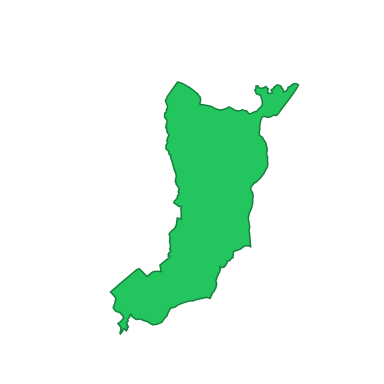 the district of Archis, Arad, Romania, rotated 315°
{"feature_id": "2599482B89375276768530", "entity_name": "Archis", "entity_type": "district", "adm_level": 2, "iso_a3": "ROU", "parent_name": "Romania", "parent_adm1": "Arad", "projection": "mercator", "projection_center": [22.118, 46.506], "detail": "fine", "context": "isolated", "style": "filled", "palette": "green", "viewbox_px": 384, "rotation_deg": 315, "n_neighbors": 0, "source": "geoboundaries", "source_scale": "gbopen_adm2", "svg_char_len": 6072}
<svg xmlns="http://www.w3.org/2000/svg" viewBox="0 0 384 384"><g transform="rotate(315 192 192)"><path d="M338.3,193.0L343.0,191.6L342.6,190.3L342.4,189.1L341.7,188.3L340.3,187.3L338.7,186.9L336.7,186.8L334.1,186.1L333.4,186.1L332.3,186.9L331.5,187.2L330.3,187.1L329.1,186.8L327.6,186.1L328.6,184.3L329.2,182.8L328.9,181.7L329.8,180.2L328.7,177.5L328.3,176.9L327.7,176.4L326.9,176.2L325.3,176.3L324.2,175.9L323.8,175.9L322.8,176.3L322.2,176.3L321.5,176.2L320.7,175.8L320.2,175.8L319.9,175.9L319.4,178.4L319.0,178.6L318.3,178.5L317.5,177.7L316.7,177.4L315.6,175.6L316.3,175.0L316.9,174.4L317.1,173.9L318.9,173.1L318.7,171.4L318.9,169.7L318.5,169.5L317.0,169.2L315.6,168.6L314.7,168.0L313.9,167.1L313.3,166.2L313.2,164.8L313.7,163.6L313.3,163.0L311.9,162.4L310.6,163.9L310.0,164.2L308.6,164.3L307.2,167.5L307.1,168.8L307.9,169.1L307.9,170.4L309.0,172.1L307.8,173.9L306.8,175.8L306.1,177.3L305.1,178.4L302.6,180.4L295.0,180.6L291.6,179.0L288.9,178.2L287.6,177.2L287.7,175.9L287.9,174.5L288.0,172.9L287.1,172.4L286.2,170.4L285.6,169.2L284.4,169.0L283.0,168.3L281.3,166.3L280.1,164.5L279.0,159.8L278.5,158.4L277.6,157.6L276.8,157.6L275.3,157.2L273.8,156.5L272.4,155.6L270.5,154.7L268.3,151.4L267.3,149.3L266.3,145.3L265.6,144.5L264.5,142.4L261.1,137.5L259.7,135.9L259.6,135.4L262.1,133.8L264.0,132.1L264.8,130.8L265.0,129.8L264.9,129.1L265.4,126.9L265.4,125.8L265.0,123.2L264.9,120.8L264.6,119.4L264.2,116.1L263.5,114.4L263.2,112.7L262.0,108.7L261.5,107.4L260.0,104.9L259.7,104.0L242.2,107.0L240.5,107.9L238.0,108.4L236.3,111.6L235.5,113.7L233.9,115.4L232.7,115.3L230.4,117.3L228.7,116.9L227.7,117.6L226.4,118.8L225.4,119.9L225.4,121.3L225.0,123.9L224.5,124.5L221.1,126.2L221.1,126.9L220.5,126.9L220.2,127.5L218.7,127.9L219.0,128.8L218.7,129.9L217.8,130.6L217.2,131.2L217.1,132.3L216.4,132.7L216.3,133.7L216.4,134.3L216.2,135.3L214.2,136.2L213.2,136.3L212.6,136.9L211.6,137.2L210.2,138.2L210.1,139.2L210.0,139.8L208.1,140.2L206.3,140.8L205.6,142.0L204.6,142.4L203.9,143.7L204.4,145.1L204.1,146.8L203.4,148.0L202.7,148.6L203.1,149.4L202.4,149.9L202.6,150.6L202.3,150.8L202.5,151.5L202.0,151.9L201.0,153.0L199.6,156.1L199.3,156.3L198.5,158.2L197.2,160.1L195.7,163.0L195.0,163.7L195.4,164.2L194.6,165.0L194.4,165.3L194.6,166.0L194.1,166.5L193.8,167.2L193.2,167.8L193.3,168.2L191.9,169.9L189.8,171.2L189.0,171.5L188.3,172.7L187.6,172.8L187.0,174.1L187.2,174.7L187.1,174.9L186.3,175.3L186.2,175.5L186.2,176.0L186.0,176.8L186.2,177.7L185.5,179.0L185.6,179.9L185.4,180.4L184.9,180.6L184.6,180.9L184.4,181.5L183.6,181.4L183.1,181.5L182.0,182.7L182.0,183.6L181.7,184.0L181.1,184.1L180.1,184.6L179.4,184.4L178.7,184.6L178.2,185.2L177.0,186.0L175.3,185.9L173.6,186.1L173.2,185.9L172.2,186.6L171.5,186.7L172.7,193.4L174.3,194.7L173.4,195.5L172.2,196.1L171.6,196.6L170.4,198.3L169.9,199.1L168.3,200.3L166.9,202.0L166.1,202.5L165.4,203.6L163.2,200.0L161.1,201.5L158.5,203.6L157.3,204.3L156.9,204.7L156.1,204.6L155.6,204.8L155.3,205.4L154.1,205.3L151.3,205.4L150.8,205.1L147.2,205.2L146.4,205.4L145.6,206.2L145.2,207.1L144.9,208.2L144.6,208.5L144.1,208.5L143.5,208.8L143.4,209.4L142.3,210.1L142.0,210.7L141.2,211.0L140.7,211.6L140.4,212.0L140.3,212.6L139.8,213.4L139.4,213.9L138.4,214.8L138.4,215.3L137.1,216.0L136.2,216.2L135.8,216.9L136.0,217.5L135.6,217.6L135.6,217.9L135.4,218.6L134.9,218.8L134.9,219.0L133.4,218.9L132.8,218.7L132.6,218.9L131.5,219.3L130.8,219.3L130.7,219.5L130.6,220.0L131.0,220.1L131.0,220.3L130.7,220.6L130.9,221.0L130.7,221.0L131.0,221.2L130.4,222.1L129.6,222.2L117.6,221.0L113.9,226.5L111.6,223.7L108.8,221.3L107.1,220.6L100.5,219.9L100.5,208.9L97.9,207.8L74.1,205.8L63.7,205.1L63.2,213.3L61.9,213.9L61.3,214.4L60.5,214.8L59.6,215.7L55.0,217.7L54.3,218.3L53.8,221.5L53.9,222.6L54.6,224.1L55.6,225.7L55.7,226.6L55.5,230.6L54.7,232.6L51.9,233.1L50.0,233.2L46.6,232.6L46.3,236.1L46.1,236.3L45.9,238.0L45.0,238.3L45.0,238.6L41.1,241.0L41.0,241.8L42.7,241.5L43.0,241.1L43.4,241.5L47.3,240.4L47.5,240.5L47.4,243.7L48.2,243.3L49.3,243.6L49.5,242.9L50.1,242.1L51.6,242.4L51.8,241.7L51.7,241.2L52.1,241.0L52.0,240.1L52.7,239.7L52.7,239.1L52.8,238.8L53.3,238.6L53.4,238.1L53.9,238.0L55.7,238.1L56.1,237.1L56.5,236.5L57.2,236.3L58.3,236.4L59.5,236.3L59.7,235.7L60.8,235.4L61.3,235.0L62.2,235.3L62.4,235.4L62.5,235.7L61.7,236.8L61.6,237.3L61.8,239.4L62.0,240.0L62.3,242.6L65.3,245.0L66.4,246.1L66.5,246.4L66.3,246.5L66.2,246.9L66.5,247.9L66.9,248.4L67.7,250.3L68.5,251.1L69.4,254.8L70.3,258.2L73.5,260.6L76.6,262.1L78.6,262.8L82.6,262.0L86.5,261.9L89.1,260.7L91.1,260.1L94.0,259.1L95.3,259.3L96.5,260.2L98.7,261.4L100.2,261.7L102.5,261.9L109.4,265.2L113.9,267.7L115.2,269.3L116.1,270.0L118.8,270.9L119.9,271.9L123.4,273.9L125.4,275.4L126.8,276.0L128.0,277.2L129.6,280.0L135.5,277.8L136.0,277.7L137.4,277.9L138.4,277.5L139.1,277.0L139.8,277.0L140.3,276.7L140.8,276.8L141.5,276.5L143.2,275.1L144.0,274.9L144.6,274.3L144.6,274.0L145.0,273.2L145.5,272.9L145.8,272.4L145.9,271.9L146.5,271.2L146.9,271.0L147.4,271.2L148.3,270.5L148.4,270.3L149.3,270.1L149.8,269.8L150.3,269.1L151.1,269.4L151.7,268.9L152.5,268.8L152.7,268.4L153.3,268.3L153.9,268.4L154.2,268.2L154.6,268.2L155.5,267.5L156.1,267.5L156.8,267.2L157.9,266.2L158.7,264.3L159.0,264.3L158.7,265.6L161.3,267.8L161.6,267.3L162.0,267.2L163.7,267.9L164.5,267.2L165.5,267.2L166.6,266.9L168.0,265.7L170.0,267.3L170.3,267.3L170.8,267.0L174.7,266.7L174.7,267.2L177.1,265.1L178.5,264.1L179.5,263.7L180.1,263.8L185.4,266.5L186.4,266.6L188.3,267.0L190.6,267.1L192.7,268.9L193.8,270.0L194.7,272.2L204.0,261.3L204.3,260.2L208.3,257.3L213.2,250.3L218.0,247.3L222.4,245.6L227.3,242.6L229.9,239.9L231.5,238.9L233.8,236.4L234.7,233.9L234.8,232.6L236.2,230.8L237.6,230.1L241.6,229.8L246.1,230.5L251.8,230.4L256.8,229.5L259.1,228.6L261.4,228.1L263.1,227.5L264.2,226.9L265.5,225.8L268.0,222.6L269.8,221.3L272.1,217.1L274.0,216.3L275.6,214.7L277.7,211.5L279.2,208.7L279.8,204.5L280.4,204.0L280.4,203.3L279.8,199.6L281.7,197.4L284.2,195.7L286.1,193.6L290.4,190.4L294.2,188.6L296.1,189.3L297.1,190.3L298.0,192.5L300.3,194.3L303.7,195.1L305.7,197.5L307.3,197.7L328.5,194.7L338.3,193.0Z" fill="#22c55e" stroke="#15803d" stroke-width="1.5"/></g></svg>